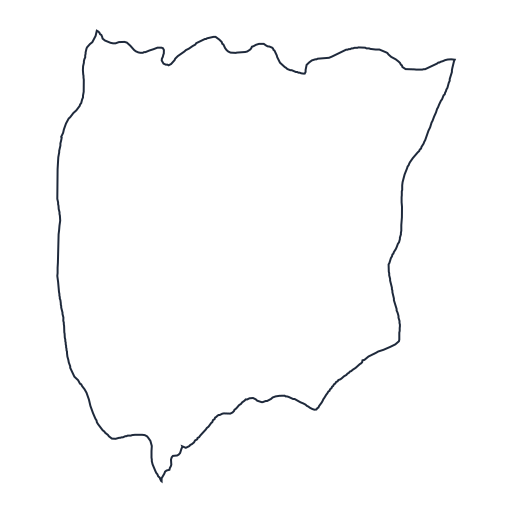 the district of Cidade De Nampula, Nampula, Mozambique
{"feature_id": "85939544B70859422468328", "entity_name": "Cidade De Nampula", "entity_type": "district", "adm_level": 2, "iso_a3": "MOZ", "parent_name": "Mozambique", "parent_adm1": "Nampula", "projection": "equal_earth", "projection_center": [39.268, -15.115], "detail": "fine", "context": "isolated", "style": "outline", "palette": "slate", "viewbox_px": 512, "rotation_deg": 0, "n_neighbors": 0, "source": "geoboundaries", "source_scale": "gbopen_adm2", "svg_char_len": 5825}
<svg xmlns="http://www.w3.org/2000/svg" viewBox="0 0 512 512"><path d="M57.6,169.0L57.3,198.9L58.1,202.4L58.1,204.2L58.5,205.8L58.7,209.0L59.5,212.2L59.5,213.9L59.9,215.7L60.2,220.7L59.5,225.5L59.1,230.2L58.6,234.3L57.9,262.7L57.6,267.7L57.6,273.1L57.3,275.9L58.1,281.9L59.0,292.0L59.4,294.0L59.4,295.5L59.8,297.1L59.8,298.6L60.4,300.1L60.8,303.2L60.8,304.6L61.2,306.0L61.2,307.5L62.5,312.6L62.5,314.0L63.4,317.5L63.3,320.8L63.8,322.6L63.8,324.2L64.1,325.9L64.3,332.3L64.6,333.7L64.8,337.6L65.3,339.7L65.3,341.2L65.7,342.6L65.7,344.2L66.1,345.8L66.1,347.4L66.5,348.8L66.5,350.2L67.0,351.7L67.0,353.2L67.4,356.6L68.3,359.8L68.8,362.5L70.2,366.3L70.2,367.8L74.4,376.7L78.1,380.2L80.0,383.7L81.2,384.3L82.1,386.1L84.5,389.2L86.5,392.7L88.9,399.5L90.4,405.9L93.0,413.1L95.4,418.7L96.5,420.4L96.9,422.3L98.0,424.1L102.7,430.3L104.3,431.5L105.2,432.8L107.9,434.9L108.9,436.3L111.9,438.6L115.6,438.8L119.1,437.8L120.2,437.8L121.6,437.3L122.9,437.3L125.3,436.2L126.4,436.2L127.7,435.6L130.8,435.6L132.1,435.1L135.0,434.8L142.1,434.8L144.7,435.1L147.0,436.3L148.1,437.6L150.4,440.9L151.8,446.0L151.5,451.1L151.5,457.6L151.8,459.5L151.8,461.2L152.6,464.4L155.4,471.1L156.3,473.0L157.4,474.3L158.2,476.3L159.7,477.6L160.2,479.0L161.1,480.9L161.6,481.3L161.6,478.3L164.3,473.7L165.1,471.6L166.6,470.5L169.4,469.8L169.9,467.9L170.8,466.3L171.3,464.7L171.0,459.6L171.7,457.3L172.9,455.9L177.1,455.5L178.7,454.6L180.1,453.0L181.5,448.6L182.4,446.9L182.2,446.3L185.8,447.8L189.3,446.1L190.3,444.9L191.8,444.2L194.0,442.4L195.0,440.5L197.2,439.3L197.6,437.9L199.1,437.2L200.2,435.6L205.9,429.4L206.8,428.0L208.5,426.7L211.1,423.1L212.3,422.1L213.0,420.1L214.5,419.2L215.1,417.6L216.3,416.9L217.5,415.7L218.6,415.0L219.7,415.0L222.3,413.7L223.8,413.4L230.3,413.6L232.5,412.5L234.0,411.0L234.5,409.7L235.6,409.0L236.9,407.7L239.0,405.2L241.1,403.8L242.1,402.4L244.5,400.7L245.7,399.4L247.0,399.5L249.5,398.3L253.0,398.0L255.7,399.3L257.2,400.7L261.5,402.1L262.8,402.1L265.7,401.0L267.1,401.0L271.1,398.9L272.6,397.5L275.6,396.4L279.6,395.8L284.6,395.7L285.7,396.4L286.9,396.4L288.6,396.9L293.1,399.0L294.6,399.0L300.5,402.3L303.2,403.4L305.5,404.6L306.9,405.9L308.4,406.6L309.8,407.7L312.3,409.0L314.4,409.7L316.4,409.5L317.4,408.1L318.4,407.6L319.1,406.0L321.7,402.5L322.7,400.7L323.3,399.3L324.3,397.9L326.3,394.6L327.3,393.4L328.3,391.6L329.5,390.8L330.0,389.4L331.5,388.1L332.1,386.7L333.2,385.9L333.9,384.4L335.3,383.5L336.0,382.1L337.6,381.3L338.4,380.0L340.0,379.5L341.4,378.6L344.1,376.2L346.3,375.0L347.5,373.6L348.8,372.9L349.9,371.6L351.2,371.1L352.8,369.7L355.6,367.9L359.8,364.1L360.9,363.5L362.1,362.3L362.5,360.3L364.4,359.9L368.5,356.5L376.2,352.7L378.2,351.5L383.5,349.8L390.2,346.9L395.3,344.4L398.9,341.3L399.3,339.7L399.3,332.6L399.7,330.9L399.7,328.0L399.9,326.3L399.9,324.6L399.5,323.0L399.5,321.0L398.5,317.7L398.5,316.1L398.1,314.5L397.5,312.5L396.6,310.5L396.6,309.0L393.9,300.2L393.9,298.5L392.4,292.2L392.4,290.7L391.9,289.1L391.9,287.7L390.1,280.5L390.1,278.8L389.2,275.3L389.2,273.3L388.8,271.7L388.6,264.4L389.4,263.0L390.9,258.1L392.0,256.3L392.4,254.5L393.4,253.6L393.8,252.2L395.9,248.9L396.8,246.8L397.9,243.8L399.0,242.3L399.9,239.1L399.9,237.6L400.9,234.5L400.9,232.9L401.3,230.7L401.3,225.1L401.9,217.4L402.0,206.9L401.6,202.3L401.6,197.2L401.8,195.2L401.8,191.3L402.2,189.9L402.2,185.3L402.6,182.1L404.6,174.5L407.1,168.2L407.6,166.5L408.6,165.3L409.1,163.9L409.9,162.3L412.9,158.0L417.7,152.4L419.2,151.0L419.8,149.5L421.0,148.6L421.5,146.9L423.6,143.6L424.2,141.9L425.2,140.1L428.5,130.6L430.1,127.4L431.6,122.5L432.5,120.9L434.1,116.6L436.0,112.4L437.1,108.9L438.0,107.4L439.1,104.6L441.0,100.6L442.0,99.4L443.6,95.3L444.7,94.4L445.1,92.7L445.9,91.3L446.4,89.5L447.4,87.9L448.8,82.7L449.7,80.8L449.7,79.1L451.9,72.0L451.9,70.3L452.3,68.2L454.0,61.2L454.7,59.7L451.3,59.3L447.8,59.5L445.2,60.1L442.7,61.2L440.6,61.8L439.5,62.5L438.4,62.5L437.0,63.6L425.1,69.2L423.7,69.2L422.2,69.6L416.0,69.6L414.8,69.4L405.6,69.1L402.4,67.0L401.9,65.4L400.9,64.7L399.9,62.8L398.5,61.5L395.7,59.3L391.2,56.9L388.4,54.4L387.4,53.0L386.0,52.3L379.3,49.5L375.4,49.5L370.3,48.9L369.1,48.4L366.5,48.4L365.2,47.7L358.5,47.4L357.3,47.8L354.5,47.8L352.9,48.4L351.6,48.4L350.2,49.1L348.8,49.1L347.5,49.7L346.1,49.7L331.9,56.6L329.0,57.8L317.7,58.7L316.5,59.3L315.4,59.3L311.9,60.4L309.2,62.4L306.6,64.9L305.6,69.9L305.6,71.9L304.7,73.6L303.3,73.6L301.2,73.3L299.7,72.7L298.5,72.7L297.2,72.0L295.9,72.0L291.7,70.2L290.3,70.2L287.3,69.0L285.9,67.7L284.8,67.1L280.0,62.7L277.2,57.1L276.8,55.5L274.5,50.6L273.5,49.9L273.0,48.5L272.0,47.6L269.3,46.5L267.8,46.4L266.4,45.7L263.8,43.9L258.9,43.9L256.0,44.8L253.5,46.2L251.9,46.7L251.1,48.5L250.0,49.7L247.2,51.5L245.2,52.0L236.8,52.6L235.8,52.9L230.5,52.6L228.2,51.5L226.6,50.1L225.1,48.1L223.4,44.5L222.3,43.8L221.7,42.0L219.3,39.6L215.6,36.9L213.3,36.9L207.1,38.3L206.0,39.0L204.9,39.0L196.2,43.2L195.3,44.6L192.7,46.0L188.8,48.7L185.9,50.1L184.4,51.5L177.8,56.1L175.2,58.7L174.6,60.1L171.1,64.0L168.6,65.3L167.5,64.7L165.9,64.7L163.5,63.6L161.7,60.5L161.9,58.7L162.8,56.9L163.3,54.8L163.8,53.5L163.9,50.0L162.9,48.2L161.5,47.7L157.4,47.7L153.5,49.2L149.4,50.5L145.5,52.1L144.1,52.1L142.8,52.8L140.4,52.8L138.3,52.4L135.8,51.3L134.1,50.0L130.3,45.7L126.9,42.6L124.5,41.9L118.9,42.1L115.6,43.3L112.9,43.3L110.5,42.8L104.9,40.5L102.6,38.6L102.1,36.7L101.3,34.9L100.1,34.2L99.3,32.5L97.9,31.3L96.8,30.7L95.6,35.9L92.3,42.2L89.9,44.1L87.0,47.4L86.5,48.6L85.6,52.4L85.6,53.8L85.2,55.3L85.2,57.4L84.4,59.1L83.9,61.2L83.9,62.7L83.1,66.1L82.9,70.0L83.2,74.3L83.5,75.9L83.5,77.6L83.8,79.7L83.7,91.8L83.0,95.6L83.0,97.4L82.1,99.5L81.2,103.1L80.1,104.5L79.7,105.9L76.3,110.4L73.4,113.0L70.1,117.3L68.7,118.5L66.0,123.5L63.9,129.4L63.1,132.9L61.2,136.9L61.7,137.5L61.1,140.7L60.4,143.4L60.4,145.6L59.2,150.8L59.2,152.3L58.3,157.2L57.6,169.0Z" fill="none" stroke="#1e293b" stroke-width="2"/></svg>